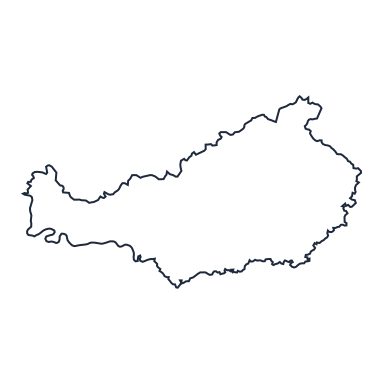 outline of São Vicente do Sul, Rio Grande do Sul, Brazil
{"feature_id": "56859067B73403830410426", "entity_name": "São Vicente do Sul", "entity_type": "district", "adm_level": 2, "iso_a3": "BRA", "parent_name": "Brazil", "parent_adm1": "Rio Grande do Sul", "projection": "robinson", "projection_center": [-54.782, -29.692], "detail": "fine", "context": "isolated", "style": "outline", "palette": "slate", "viewbox_px": 384, "rotation_deg": 0, "n_neighbors": 0, "source": "geoboundaries", "source_scale": "gbopen_adm2", "svg_char_len": 5727}
<svg xmlns="http://www.w3.org/2000/svg" viewBox="0 0 384 384"><path d="M34.3,236.4L36.8,234.9L38.3,234.4L40.4,233.0L42.4,231.3L43.8,230.3L46.0,229.3L48.0,228.8L49.6,228.6L51.5,229.0L54.3,230.5L54.7,232.1L53.7,233.8L52.5,234.7L50.5,235.1L48.6,235.7L46.3,236.5L45.3,238.7L46.4,241.1L48.7,242.0L51.4,241.5L53.9,242.0L56.1,243.0L57.5,242.7L58.9,241.7L59.6,239.4L59.7,236.4L61.5,233.7L63.8,233.8L65.6,234.6L66.6,235.7L67.0,237.7L67.5,240.0L68.8,242.0L70.9,244.3L72.3,245.4L74.1,246.1L75.6,246.0L77.6,245.5L80.8,245.0L83.6,244.7L85.3,244.5L87.5,244.1L89.3,243.2L91.0,242.6L93.8,242.6L95.5,242.8L98.1,243.2L100.9,243.7L102.5,243.7L105.3,242.9L107.2,242.3L109.8,241.4L112.3,241.3L113.9,241.5L115.6,242.4L116.8,244.0L118.2,245.9L119.8,246.7L121.4,246.5L123.1,245.7L124.7,244.8L126.2,244.6L128.0,245.1L130.2,246.0L131.8,247.8L132.8,249.9L133.8,252.7L133.9,254.9L133.6,256.9L133.9,259.7L135.5,261.3L137.7,261.0L137.8,259.0L138.3,256.4L140.1,255.5L140.6,257.1L139.7,258.8L140.3,260.8L142.7,261.8L144.9,261.0L147.1,260.0L149.5,259.3L151.2,259.0L152.8,259.1L154.8,258.7L154.3,261.2L155.9,262.6L157.2,264.0L157.0,266.0L158.5,267.7L160.3,269.0L159.5,271.0L161.4,272.1L163.0,273.5L164.7,276.2L166.9,277.2L168.7,277.1L168.4,279.2L169.9,280.9L171.4,283.0L173.1,284.3L175.0,284.4L176.2,287.4L177.7,287.7L179.1,285.9L180.3,284.4L181.2,282.4L182.7,283.2L184.2,282.5L185.6,281.5L187.0,281.2L188.9,281.2L190.2,278.3L193.0,277.5L195.3,275.8L197.6,274.0L200.2,272.4L202.8,272.4L204.4,272.3L206.0,272.6L207.9,273.9L209.8,274.9L212.3,274.4L213.0,272.6L214.3,271.3L216.1,271.3L217.6,272.6L219.5,272.1L220.4,274.2L222.0,273.7L223.8,273.4L225.2,272.4L224.5,270.6L225.2,269.0L227.2,270.3L229.0,270.1L230.4,271.3L232.6,271.7L235.4,272.3L237.0,272.5L237.8,270.8L239.7,271.7L241.7,271.4L242.8,270.1L244.5,269.1L244.8,266.1L246.4,264.3L248.2,263.6L249.0,261.8L249.6,260.2L251.0,261.6L253.1,261.3L255.1,259.8L257.3,260.6L259.6,260.3L261.2,260.6L262.8,261.3L264.8,261.2L265.6,259.4L267.5,259.1L270.5,259.0L271.4,260.9L272.8,262.1L272.1,264.1L273.4,265.1L275.3,264.1L277.7,263.5L279.8,262.0L281.4,263.6L283.3,264.0L283.7,262.2L285.0,260.4L287.1,261.4L289.2,262.1L290.2,260.8L291.8,260.5L292.7,262.1L291.1,263.0L290.1,264.9L291.9,266.7L294.0,267.5L295.9,266.9L297.6,265.4L299.5,263.9L301.7,263.3L304.1,263.3L305.3,261.6L307.6,261.3L309.4,260.9L309.5,258.7L307.6,259.2L307.4,257.4L305.3,257.0L305.8,254.9L307.7,254.7L310.0,253.7L310.8,251.6L312.3,250.5L314.0,249.7L315.1,247.9L313.3,245.5L314.7,243.1L316.5,244.2L316.9,242.5L319.6,243.0L321.7,241.1L323.6,240.2L325.2,238.6L327.2,237.3L328.1,235.5L327.3,233.1L327.9,230.6L329.1,231.8L331.3,232.1L332.9,231.3L334.0,230.1L333.3,227.9L335.3,228.0L337.3,227.1L339.3,226.7L340.9,224.8L342.8,224.7L344.7,225.6L346.4,225.4L346.5,223.1L344.6,221.9L344.6,219.7L344.5,216.9L345.4,215.1L347.5,213.3L346.2,211.1L344.2,210.6L343.4,208.4L344.0,206.7L342.2,206.2L345.2,203.6L346.1,205.9L348.2,204.9L350.3,207.0L351.9,206.7L355.8,203.0L354.8,200.2L352.0,199.6L350.1,198.2L352.0,196.3L352.6,192.8L354.7,193.7L355.6,192.0L355.0,189.7L355.1,187.4L356.0,185.1L358.8,182.5L356.4,181.1L356.9,179.5L356.8,176.4L361.0,172.9L360.9,171.0L358.1,168.2L356.4,168.6L353.5,168.1L353.2,164.8L351.2,163.5L350.0,161.7L348.0,161.1L346.9,158.8L344.6,157.0L342.8,155.4L340.8,154.2L339.0,154.3L337.0,154.0L335.4,151.6L333.6,149.6L331.4,147.9L330.0,146.3L328.4,145.6L326.9,145.3L325.0,145.0L322.9,144.0L321.7,142.4L321.6,140.4L319.8,140.3L317.1,141.2L315.2,140.3L313.2,138.5L312.1,136.9L310.9,135.1L310.0,133.3L310.7,131.1L308.9,129.5L307.4,129.4L305.6,128.7L304.8,126.2L306.3,124.9L307.3,123.2L307.8,121.3L308.8,119.8L310.4,119.1L312.6,119.4L314.9,118.8L317.0,118.5L321.5,108.2L320.2,106.3L317.9,104.4L315.6,104.2L313.9,103.6L312.5,102.6L310.3,103.8L308.3,103.0L308.3,100.5L308.3,97.5L306.6,98.9L304.7,99.9L302.4,99.6L301.6,98.0L299.6,96.3L298.4,97.4L297.4,99.1L295.9,102.3L293.7,103.7L292.3,104.3L290.4,103.9L288.5,104.9L286.5,106.2L280.4,108.4L279.3,109.4L275.9,122.0L273.1,121.0L271.3,120.2L268.0,119.1L266.2,116.9L264.8,116.5L264.0,114.9L262.6,114.7L260.4,115.4L258.4,116.1L256.9,116.8L255.0,117.9L252.4,118.0L251.2,120.4L245.2,123.9L244.4,125.3L244.2,127.2L243.4,128.6L239.1,131.7L234.7,132.3L232.9,134.5L230.4,134.9L226.0,132.1L220.8,132.1L219.3,133.4L220.1,135.5L221.6,137.0L220.8,138.6L218.0,140.0L216.6,142.4L216.6,145.1L212.5,145.6L210.9,144.1L208.2,144.5L205.6,144.6L205.7,149.2L204.2,150.8L195.9,154.7L194.0,152.1L191.9,153.7L191.4,155.8L189.4,157.1L186.9,160.5L185.4,160.2L184.1,158.8L181.0,160.7L180.3,164.6L180.6,167.4L181.4,170.9L177.5,176.6L175.6,176.6L173.1,175.1L169.9,174.2L167.0,171.6L166.4,174.8L165.1,176.3L163.6,179.1L158.9,179.3L155.3,176.5L152.1,175.2L150.2,175.1L144.4,176.4L142.7,176.8L140.5,177.8L136.3,175.1L132.2,175.1L130.1,178.9L128.2,180.7L127.8,184.9L124.8,183.2L122.4,183.2L120.8,185.3L119.0,189.0L117.6,190.5L114.7,192.4L113.2,194.2L110.1,194.7L108.4,194.3L104.5,192.1L103.9,193.7L105.6,196.6L103.9,198.0L102.5,197.7L100.4,196.5L98.1,200.0L94.1,201.9L89.1,202.8L86.0,200.5L81.4,200.2L79.6,199.6L74.1,199.7L70.9,197.3L69.8,195.5L69.0,192.9L63.1,192.4L62.7,190.8L63.7,189.0L63.5,187.2L62.4,185.8L60.1,185.4L58.2,183.2L55.7,180.3L56.4,172.6L51.8,166.7L49.1,165.2L47.5,165.7L46.1,166.8L47.2,172.6L46.1,174.0L42.4,172.4L37.4,171.8L34.8,172.0L32.7,173.3L32.1,174.8L33.2,176.2L33.9,178.0L31.4,179.8L30.8,181.8L28.2,181.9L27.4,183.3L30.9,186.0L27.6,189.6L28.1,192.8L26.3,193.5L24.6,193.0L23.0,193.7L24.7,194.7L30.1,195.7L31.8,197.0L32.4,200.1L30.0,208.2L30.2,211.3L31.4,215.4L30.8,221.1L31.3,223.3L31.2,226.7L27.9,229.6L27.1,231.3L27.2,233.4L28.4,235.0L32.7,235.6L34.3,236.4ZM232.6,271.7L231.4,269.7L233.3,269.6L232.6,271.7ZM181.2,282.4L180.1,280.4L181.6,280.4L181.2,282.4Z" fill="none" stroke="#1e293b" stroke-width="2"/></svg>